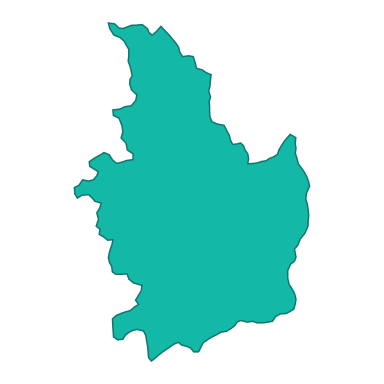 the district of São Gonçalo do Pará, Minas Gerais, Brazil
{"feature_id": "56859067B13989026202500", "entity_name": "São Gonçalo do Pará", "entity_type": "district", "adm_level": 2, "iso_a3": "BRA", "parent_name": "Brazil", "parent_adm1": "Minas Gerais", "projection": "albers", "projection_center": [-44.836, -19.973], "detail": "fine", "context": "isolated", "style": "filled", "palette": "teal", "viewbox_px": 384, "rotation_deg": 0, "n_neighbors": 0, "source": "geoboundaries", "source_scale": "gbopen_adm2", "svg_char_len": 2824}
<svg xmlns="http://www.w3.org/2000/svg" viewBox="0 0 384 384"><path d="M293.9,309.0L295.3,303.6L296.0,299.1L294.4,293.0L291.3,287.7L289.0,284.3L287.7,277.9L287.7,270.5L290.5,264.3L294.5,261.1L296.0,257.1L295.2,253.0L294.5,249.0L297.7,245.4L300.2,239.1L304.7,233.5L306.6,229.6L308.1,225.6L308.1,220.7L308.7,215.8L308.2,210.1L307.2,203.8L305.7,199.0L306.6,192.8L309.6,186.2L308.5,181.6L306.8,176.9L304.1,171.7L301.3,167.8L298.4,164.0L297.1,159.1L295.3,153.2L296.0,148.2L295.2,143.6L295.8,137.7L290.2,134.4L286.5,138.6L283.6,142.2L281.4,145.8L279.0,149.8L277.5,154.3L273.8,156.8L269.4,158.5L266.0,160.8L261.6,161.5L257.6,162.8L253.1,163.5L247.8,163.8L248.6,158.5L247.7,153.8L245.1,150.0L243.5,145.8L240.7,143.0L236.9,144.0L232.6,144.4L230.3,139.7L229.3,135.2L227.0,131.1L224.0,125.3L217.2,124.0L211.9,121.7L209.9,116.6L209.6,111.6L209.6,106.9L209.2,101.7L210.5,96.8L208.7,91.2L209.9,86.4L210.3,81.3L211.1,74.7L206.3,72.7L202.1,69.8L196.5,68.4L195.1,62.4L193.2,56.6L188.7,55.8L182.6,56.6L179.6,51.8L178.7,47.6L176.0,43.3L172.2,38.8L169.2,35.1L165.1,30.9L161.0,26.4L156.1,31.8L152.1,35.2L149.0,32.5L147.4,28.6L142.2,24.6L136.1,25.2L131.6,25.3L127.3,26.9L122.7,28.6L118.8,27.9L114.7,23.9L108.4,23.0L109.8,28.6L113.9,35.1L119.8,37.4L124.0,41.0L126.1,44.8L128.8,49.3L128.8,55.9L128.2,61.3L130.0,66.2L131.2,70.9L132.2,76.0L130.0,79.4L129.7,84.3L131.6,90.0L136.9,94.9L135.7,100.6L131.2,105.8L124.9,106.7L119.8,109.1L112.9,110.0L113.4,115.4L119.0,118.2L121.9,125.6L122.9,131.8L121.1,138.0L126.0,143.1L127.4,150.0L133.1,153.9L133.0,159.7L127.0,160.4L121.9,162.2L116.7,163.4L112.5,159.9L109.3,154.8L104.0,152.5L100.2,155.0L94.4,158.2L89.2,161.7L89.8,166.4L94.0,169.0L98.2,171.7L96.8,175.9L93.2,179.9L88.5,181.1L82.7,179.8L79.0,185.2L74.4,187.6L74.8,193.9L77.4,198.1L81.8,195.3L88.5,194.6L92.3,198.1L94.9,201.3L101.2,203.1L99.8,208.0L96.8,212.8L98.5,219.3L96.2,226.1L100.0,229.2L99.2,234.4L103.9,237.0L107.6,240.2L112.9,239.7L112.0,244.5L110.5,248.8L109.3,252.8L108.4,257.7L109.5,262.4L111.8,266.7L112.4,271.9L115.6,274.2L121.1,274.3L127.1,273.9L128.9,279.1L133.4,282.9L137.8,284.2L142.0,285.4L141.2,291.0L138.4,295.4L135.6,300.2L138.6,304.5L134.6,306.9L130.4,310.5L123.2,312.6L116.5,315.3L112.5,318.8L112.7,324.3L113.1,330.1L113.5,336.9L117.7,339.8L122.8,339.3L125.6,334.9L129.0,332.3L132.8,330.4L137.2,329.4L143.5,331.0L145.8,335.5L146.7,341.1L147.6,346.2L148.1,351.9L148.6,357.7L151.4,361.0L154.9,358.4L159.3,354.4L164.0,351.0L168.5,347.9L173.9,344.2L178.3,342.3L181.9,345.2L186.6,346.3L190.6,348.1L193.8,351.9L198.6,351.8L200.9,347.2L203.3,342.7L208.1,339.3L212.6,336.6L216.3,334.9L221.2,332.1L226.5,331.3L230.7,328.7L234.7,325.7L237.1,322.0L241.0,320.5L247.2,322.1L252.6,321.3L257.3,322.9L264.1,322.7L272.5,321.3L275.5,316.7L280.1,313.9L286.2,313.5L289.7,311.7L293.9,309.0Z" fill="#14b8a6" stroke="#0f766e" stroke-width="1.5"/></svg>